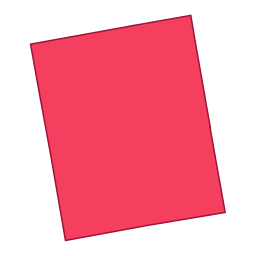 the district of Butler, Kansas, United States of America, rotated 170°
{"feature_id": "52423323B56530624161851", "entity_name": "Butler", "entity_type": "district", "adm_level": 2, "iso_a3": "USA", "parent_name": "United States of America", "parent_adm1": "Kansas", "projection": "albers", "projection_center": [-96.999, 37.782], "detail": "fine", "context": "isolated", "style": "filled", "palette": "rose", "viewbox_px": 256, "rotation_deg": 170, "n_neighbors": 0, "source": "geoboundaries", "source_scale": "gbopen_adm2", "svg_char_len": 455}
<svg xmlns="http://www.w3.org/2000/svg" viewBox="0 0 256 256"><g transform="rotate(170 128 128)"><path d="M209.1,28.1L127.3,28.7L47.0,28.0L47.0,56.5L47.1,67.6L47.1,68.1L47.1,70.8L47.1,71.0L47.1,85.2L47.1,113.8L46.8,113.8L46.9,142.3L46.8,147.1L46.8,151.8L46.8,161.4L46.8,170.9L46.8,199.4L46.7,213.7L46.6,228.0L75.0,228.0L102.8,228.0L103.2,228.0L209.4,227.5L209.3,184.8L208.8,113.5L209.1,28.1Z" fill="#f43f5e" stroke="#9f1239" stroke-width="1.5"/></g></svg>